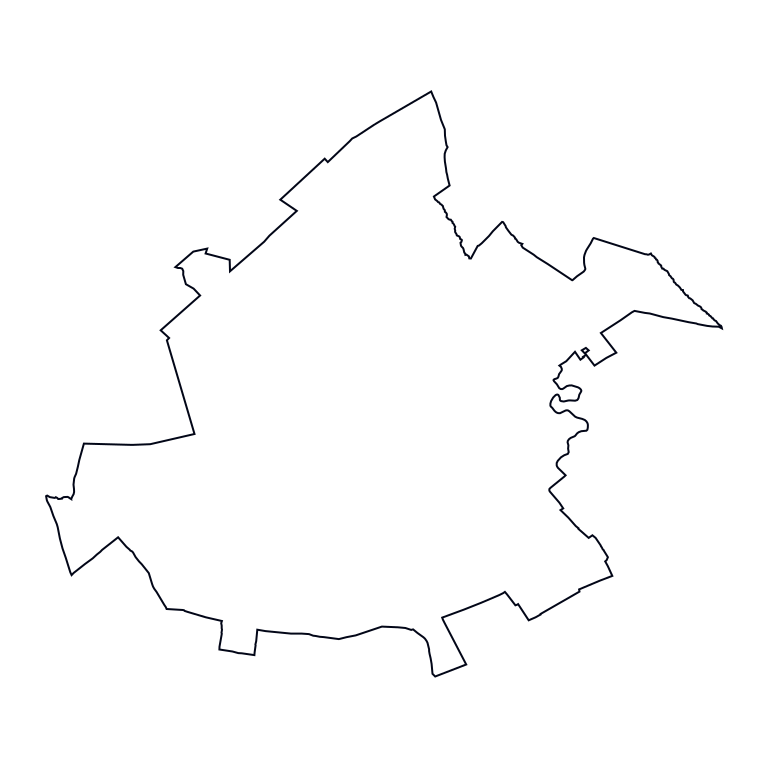 Rauseni, Botosani, Romania
{"feature_id": "2599482B43071956951910", "entity_name": "Rauseni", "entity_type": "district", "adm_level": 2, "iso_a3": "ROU", "parent_name": "Romania", "parent_adm1": "Botosani", "projection": "natural_earth1", "projection_center": [27.226, 47.56], "detail": "fine", "context": "isolated", "style": "outline", "palette": "ink", "viewbox_px": 768, "rotation_deg": 0, "n_neighbors": 0, "source": "geoboundaries", "source_scale": "gbopen_adm2", "svg_char_len": 6080}
<svg xmlns="http://www.w3.org/2000/svg" viewBox="0 0 768 768"><path d="M721.9,328.4L721.6,327.0L721.0,325.8L719.6,325.1L717.8,323.5L716.0,321.0L715.0,320.6L713.9,319.7L713.1,318.4L712.5,318.4L710.4,316.0L709.5,315.7L709.1,315.3L709.0,314.8L708.3,314.1L706.8,313.5L706.9,312.8L706.7,312.5L706.0,312.1L705.8,311.7L703.2,310.4L702.7,309.8L701.6,309.2L701.5,308.4L700.9,307.2L699.7,306.3L698.2,305.7L695.8,303.8L694.2,303.1L692.6,300.3L690.2,298.4L689.2,298.2L688.0,296.7L688.0,296.0L687.7,295.5L686.2,295.2L685.5,294.7L683.0,291.4L683.0,290.1L681.4,289.9L679.9,287.5L679.1,286.7L678.0,285.6L676.2,284.5L675.5,283.3L675.0,282.7L674.2,282.3L673.8,281.8L673.5,279.6L672.9,278.8L671.9,278.3L670.5,276.2L669.1,275.1L668.9,274.0L667.3,271.2L664.4,269.8L663.5,268.7L662.3,268.7L661.2,266.6L661.2,265.7L660.9,265.3L658.4,263.4L658.2,262.6L657.7,262.2L657.6,260.9L657.2,260.2L656.8,259.7L656.1,259.5L655.7,258.4L654.8,257.8L654.7,257.3L654.2,256.7L651.8,255.2L650.9,253.5L648.8,254.6L647.8,254.7L646.5,254.3L645.0,254.2L593.8,238.0L593.0,238.7L590.7,243.3L586.9,249.3L586.0,250.9L584.5,254.9L584.0,257.4L584.1,262.8L584.4,265.0L585.3,268.6L585.2,269.5L583.9,271.4L582.7,272.3L577.1,276.2L572.5,280.2L572.1,280.2L547.7,264.0L536.8,257.2L533.7,254.7L522.7,247.6L521.3,245.2L522.3,243.9L518.9,242.7L517.7,241.8L516.2,239.3L515.1,238.6L515.2,238.2L514.8,237.4L513.2,235.6L511.4,234.7L508.3,230.7L505.9,227.3L505.7,226.2L503.2,222.2L502.1,221.9L492.9,231.2L489.0,236.0L481.8,243.2L478.9,245.6L477.7,245.9L470.9,258.5L469.3,258.4L468.9,256.4L466.4,254.6L465.4,254.9L465.1,253.5L464.3,252.6L463.5,249.1L463.0,248.0L461.6,246.6L461.0,245.7L460.5,242.8L461.4,241.9L461.9,240.1L461.4,239.5L460.2,239.0L459.7,237.0L459.1,236.4L456.8,235.4L456.6,234.5L456.1,233.5L455.3,232.4L455.1,231.7L455.2,230.5L454.7,228.8L455.2,226.7L454.4,225.7L454.1,224.7L453.2,223.4L452.5,222.9L452.5,221.7L451.8,221.2L450.8,219.7L449.4,219.6L448.4,219.0L446.5,217.0L446.9,215.1L446.8,213.9L446.0,212.6L444.9,211.8L444.8,210.2L443.6,208.8L442.8,205.9L442.0,205.3L441.6,204.7L440.0,203.8L439.3,202.5L438.1,202.1L437.4,201.2L435.1,199.4L433.9,196.5L449.6,185.5L447.8,178.5L447.1,174.7L446.4,172.1L446.0,168.4L444.9,161.6L444.6,157.2L444.7,153.8L445.8,150.4L447.6,147.1L446.5,145.3L445.8,141.3L445.0,135.7L444.8,129.3L441.0,119.9L436.1,102.6L433.4,96.9L431.2,91.5L379.7,121.4L373.9,124.9L356.3,136.5L352.2,138.5L349.7,141.2L327.8,162.1L324.7,158.7L280.3,199.7L296.8,210.9L269.4,235.7L264.2,241.7L230.0,271.3L229.7,259.8L205.6,253.5L207.2,248.6L193.3,251.6L175.4,267.1L178.0,268.0L180.3,268.0L182.2,268.7L183.3,271.1L183.2,274.8L185.9,284.2L193.6,288.6L200.1,295.5L160.7,330.3L169.1,338.0L166.9,340.3L194.5,434.0L150.2,444.2L132.2,444.9L83.9,443.6L79.3,460.0L77.9,466.6L76.1,473.8L74.7,476.9L74.2,478.4L73.5,484.7L74.0,489.0L74.1,492.0L73.6,494.2L72.2,496.7L71.7,498.0L71.1,498.3L71.2,499.1L69.4,498.0L68.6,497.3L67.6,496.9L63.8,497.1L62.1,498.0L62.0,498.6L59.0,499.0L58.2,499.0L57.3,498.0L55.8,497.2L55.1,497.8L54.5,497.9L49.8,497.1L47.3,495.6L46.3,495.9L46.1,496.2L46.8,500.0L47.3,501.4L50.3,507.0L53.4,516.0L56.8,524.1L57.7,527.2L59.9,538.5L62.5,548.4L65.8,557.9L70.3,572.3L71.6,575.1L73.7,572.9L85.0,564.0L92.8,558.3L96.9,554.5L100.3,551.8L102.1,549.9L118.1,537.3L126.4,546.8L129.6,549.6L130.4,550.6L131.9,551.3L133.0,552.4L135.6,557.1L139.0,561.4L141.8,564.3L148.8,573.1L152.1,584.0L153.0,586.5L154.2,588.7L156.6,592.0L164.3,604.9L165.8,607.1L166.6,609.0L182.9,610.0L184.1,610.3L184.6,610.9L187.3,611.8L205.8,617.3L221.9,621.0L221.2,623.2L221.7,625.6L221.7,628.2L222.0,629.6L221.5,632.8L221.8,633.7L219.5,646.7L219.4,649.5L232.5,651.5L238.3,653.1L241.8,653.3L254.4,655.1L254.6,652.5L255.6,645.3L255.4,644.5L256.2,641.2L257.3,629.7L265.5,631.1L291.0,633.6L301.7,633.6L309.0,634.1L313.2,635.7L315.8,636.0L319.9,636.8L323.8,637.1L338.9,639.1L346.4,637.2L355.7,635.4L381.9,626.6L398.0,627.3L405.4,628.0L411.2,629.9L413.1,629.4L417.5,633.0L423.5,637.3L425.0,638.7L426.6,641.0L427.5,642.8L429.1,649.3L429.1,651.1L429.6,654.0L430.6,658.2L431.6,663.9L432.5,673.8L435.2,676.5L466.2,664.5L444.6,623.0L442.9,619.6L442.2,617.6L464.2,609.5L481.1,602.8L499.4,595.0L503.2,593.1L504.9,591.9L507.2,594.6L515.4,605.3L517.2,604.7L518.1,604.1L528.7,620.3L535.6,617.3L540.6,614.5L540.5,614.0L579.5,591.6L579.1,589.4L600.0,580.6L612.3,575.9L607.8,566.1L605.2,561.4L606.6,560.2L607.9,557.2L603.8,550.6L603.8,550.3L602.7,549.3L601.8,547.4L600.9,546.2L600.8,545.6L595.6,537.9L592.4,535.3L588.7,537.9L578.4,528.9L578.2,528.5L578.4,528.2L575.8,526.1L568.3,517.6L560.5,510.1L563.2,508.4L559.4,502.7L549.7,491.4L549.3,490.2L549.4,489.0L550.5,487.8L564.4,476.5L565.6,475.3L557.9,467.8L557.0,466.3L556.7,465.4L556.7,463.0L557.8,460.8L561.0,457.3L564.3,455.2L567.8,453.9L568.7,452.1L568.1,448.7L568.4,445.3L567.6,442.4L567.8,441.0L568.9,439.3L570.7,437.9L574.5,436.3L575.2,435.8L577.1,433.4L578.7,432.2L581.3,431.2L586.4,430.7L587.4,429.7L587.8,427.7L587.9,425.5L587.8,424.2L587.4,423.0L586.4,421.4L584.8,420.0L582.2,418.9L577.1,417.6L575.2,416.7L569.4,411.3L567.9,410.4L566.8,410.3L565.6,410.5L560.0,413.2L558.0,413.1L556.5,412.5L555.4,411.7L554.3,410.6L552.3,407.9L550.8,406.5L550.4,405.7L550.4,403.6L551.1,401.1L553.2,397.5L555.6,395.1L556.8,394.6L557.7,394.6L558.4,395.0L559.8,397.7L559.9,399.9L560.3,400.6L561.1,401.1L563.8,401.5L568.3,400.5L570.0,400.4L575.1,400.7L577.1,400.1L577.8,399.4L578.6,397.9L579.3,394.7L581.2,391.4L581.3,390.5L581.0,389.8L580.5,389.1L579.5,388.2L577.9,387.3L571.7,385.4L569.3,385.5L566.8,386.1L563.3,388.6L562.1,389.1L560.6,389.0L559.2,388.1L556.9,384.3L554.1,381.3L553.5,380.1L553.9,379.5L554.6,379.1L556.6,378.5L557.8,377.8L558.4,376.7L559.1,374.1L561.3,371.1L561.8,370.1L561.8,368.9L561.0,366.9L559.4,365.6L561.4,364.2L566.3,361.2L575.0,351.8L580.4,359.7L583.6,357.4L583.1,356.8L586.0,355.0L585.2,353.8L581.8,350.3L585.9,347.9L588.7,350.4L585.0,353.2L594.5,365.6L606.4,357.9L616.3,352.7L600.9,333.0L620.5,320.3L631.9,312.3L634.5,310.9L644.9,312.9L649.8,313.5L663.2,317.1L671.8,318.6L688.7,322.2L696.4,323.5L697.7,324.1L707.2,325.9L712.5,326.5L718.7,326.7L721.9,328.4Z" fill="none" stroke="#020617" stroke-width="2"/></svg>